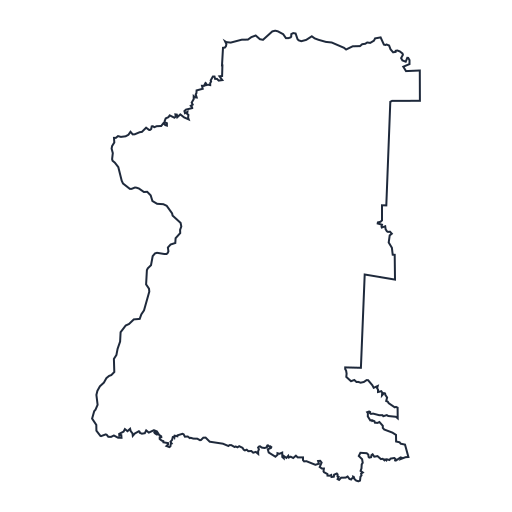 Puerto Quito, Pichincha, Ecuador (orthographic projection)
{"feature_id": "8360857B71791990485840", "entity_name": "Puerto Quito", "entity_type": "district", "adm_level": 2, "iso_a3": "ECU", "parent_name": "Ecuador", "parent_adm1": "Pichincha", "projection": "orthographic", "projection_center": [-79.239, 0.156], "detail": "fine", "context": "isolated", "style": "outline", "palette": "slate", "viewbox_px": 512, "rotation_deg": 0, "n_neighbors": 0, "source": "geoboundaries", "source_scale": "gbopen_adm2", "svg_char_len": 6024}
<svg xmlns="http://www.w3.org/2000/svg" viewBox="0 0 512 512"><path d="M193.3,438.6L197.3,438.7L200.0,440.2L201.0,440.0L203.3,437.7L205.6,437.6L209.7,441.7L222.9,443.7L228.4,446.0L229.5,445.1L231.2,445.1L234.6,447.0L235.7,446.5L237.5,447.3L239.2,446.2L242.5,447.8L243.7,449.7L244.9,450.4L246.7,449.7L248.3,451.2L251.3,451.0L253.2,452.7L255.8,451.9L258.2,453.9L258.1,451.4L258.9,449.3L258.1,447.5L259.1,446.5L260.0,446.3L261.8,447.6L264.6,448.0L266.9,447.2L267.2,445.6L267.9,445.3L269.2,446.5L270.3,446.3L271.3,447.1L270.9,448.0L267.8,449.3L268.7,452.5L275.4,456.7L277.5,454.8L277.5,453.2L279.4,453.8L282.2,452.6L282.3,457.0L283.7,458.2L283.5,455.8L286.4,457.9L288.3,455.8L288.8,457.5L290.7,456.7L293.2,458.0L295.9,455.7L297.7,457.4L303.0,457.4L303.0,460.1L304.1,461.4L306.4,461.2L315.4,464.8L318.9,463.7L318.1,461.0L320.2,460.8L321.6,462.6L319.7,467.0L321.8,468.5L323.9,468.5L323.5,471.3L324.0,472.2L327.4,474.0L327.5,475.6L329.7,475.7L331.2,475.0L331.5,477.0L333.8,476.7L334.1,474.7L336.8,473.5L337.6,474.4L337.5,476.4L338.6,476.8L337.6,479.1L339.1,479.9L341.1,477.7L345.7,477.6L347.6,476.5L349.5,479.0L351.1,479.5L351.7,478.5L353.3,478.0L353.1,476.6L353.7,476.8L354.6,479.2L356.2,480.6L358.4,481.3L360.0,480.6L360.5,476.6L361.5,475.4L361.1,473.6L362.8,472.5L360.6,470.9L361.5,468.3L361.7,464.4L362.7,462.8L362.1,459.2L358.8,456.0L360.4,452.8L366.7,453.2L368.3,454.6L368.6,456.9L369.3,457.6L371.1,457.2L371.5,455.1L372.6,454.3L374.3,456.7L377.5,456.1L380.9,459.1L382.7,458.8L384.4,460.3L385.1,459.4L386.4,460.4L386.9,459.3L389.4,460.0L390.6,458.6L394.3,458.0L395.4,458.9L395.1,460.4L395.8,460.6L400.6,457.4L401.8,457.8L401.1,458.9L405.5,457.2L408.4,457.0L405.0,444.6L400.7,443.7L399.6,442.3L396.1,441.5L396.0,434.9L392.4,432.6L384.2,429.5L382.8,427.9L382.8,425.8L379.4,422.0L377.6,422.9L374.9,422.7L374.4,421.2L373.2,420.7L372.2,421.0L371.9,420.2L370.3,420.4L367.8,416.4L367.9,413.2L367.2,412.2L369.1,411.5L370.1,412.0L370.0,413.2L370.9,413.9L373.1,413.6L379.2,415.2L382.5,415.2L383.3,416.2L386.8,415.1L388.2,416.0L396.0,416.8L397.7,418.3L397.6,407.7L396.0,406.9L394.7,407.3L388.7,403.2L387.8,401.7L386.2,401.0L387.1,397.5L385.4,395.0L385.1,393.5L384.0,393.1L382.0,395.4L382.2,392.6L381.3,391.2L378.0,392.0L378.0,389.6L377.1,388.2L377.7,386.0L373.7,387.8L372.4,385.3L368.1,380.2L366.6,380.1L363.8,382.0L360.6,382.7L358.3,381.9L356.5,382.0L354.3,380.0L351.0,381.2L346.3,376.9L346.6,373.6L346.1,370.6L345.2,369.1L345.2,367.4L360.9,367.8L364.7,274.5L395.0,279.6L394.7,254.8L392.7,254.7L391.9,247.8L388.7,242.5L389.7,235.4L391.8,233.7L390.0,231.7L388.0,231.9L386.9,231.3L385.6,229.2L385.2,226.3L381.8,227.5L381.5,226.5L382.0,224.7L377.7,223.5L377.9,222.4L380.5,221.8L382.0,220.4L382.0,205.3L386.3,205.4L390.3,101.8L392.0,100.9L419.9,100.8L419.8,70.5L406.0,71.1L403.3,66.7L409.5,64.1L409.5,60.1L408.2,57.9L407.3,57.8L405.7,61.7L402.4,60.4L401.1,58.1L402.9,54.8L402.5,53.5L399.8,51.4L397.3,50.5L395.7,50.8L395.6,51.9L393.1,52.3L390.5,49.3L389.1,45.5L386.5,44.5L385.5,45.0L383.9,44.6L380.6,37.4L375.1,38.4L373.9,40.7L370.2,42.9L367.2,42.5L365.2,43.8L362.2,44.2L360.0,46.1L352.7,46.3L346.1,49.5L344.0,47.8L331.7,42.5L325.9,41.9L318.5,39.8L314.7,38.4L311.8,36.3L306.2,39.9L301.3,41.2L298.6,40.3L297.5,39.1L295.6,33.5L293.2,33.1L291.3,34.1L291.2,36.7L290.6,37.4L288.5,38.1L285.9,38.1L283.2,34.2L277.8,31.3L275.2,30.7L272.3,31.4L263.0,39.8L259.9,39.2L255.7,35.5L251.4,37.1L247.9,39.6L241.7,39.7L230.7,42.6L226.2,42.1L225.1,41.4L226.4,44.1L225.9,46.3L224.8,47.6L223.0,47.8L222.0,65.4L222.4,65.4L222.1,76.0L219.5,76.3L222.3,80.1L218.7,80.6L217.0,78.9L215.1,78.9L214.5,76.5L212.9,76.5L210.7,80.4L211.1,81.6L210.2,83.0L210.2,85.1L208.0,84.7L205.9,85.2L206.0,83.4L205.5,83.0L203.9,85.9L202.0,85.8L202.7,88.8L196.6,90.4L196.4,93.2L195.7,94.4L196.7,97.5L195.3,97.4L193.7,96.1L193.7,99.1L191.7,102.6L192.7,104.6L190.8,105.8L192.1,107.2L192.2,108.1L186.0,109.6L184.4,111.1L185.0,113.2L187.4,111.9L187.1,113.8L188.4,114.9L188.1,117.7L188.7,119.4L184.1,117.4L180.3,114.4L177.3,117.2L176.8,114.6L175.4,114.4L175.7,116.7L174.4,117.7L169.7,115.4L168.4,117.2L165.7,118.4L164.7,121.0L164.6,122.2L166.9,123.2L166.9,125.6L165.3,125.1L163.4,123.2L161.2,126.0L156.7,126.2L154.3,127.2L152.8,126.2L151.7,126.4L151.2,129.0L150.1,129.9L149.2,130.0L146.1,127.7L141.9,131.9L139.7,132.2L134.7,134.3L132.7,134.4L130.5,131.8L128.4,134.8L125.6,136.3L120.9,136.9L118.0,136.1L115.8,137.9L114.0,137.9L114.3,142.5L112.1,146.0L111.6,148.6L112.8,153.1L112.1,159.2L112.6,160.8L114.8,162.6L118.3,167.1L121.7,180.7L123.0,183.5L129.9,188.9L131.5,188.9L135.0,187.5L136.5,187.7L138.9,188.5L143.9,192.0L147.2,191.8L150.7,195.4L152.4,201.0L157.1,203.8L163.3,204.2L166.7,205.8L172.1,213.4L172.6,215.6L180.6,222.9L181.3,226.5L180.1,229.8L180.2,233.1L175.6,238.2L175.3,243.0L170.6,244.5L167.9,247.5L168.4,251.3L167.8,252.8L166.6,254.0L164.3,254.0L157.0,252.8L155.0,253.4L152.7,256.1L151.0,265.2L147.8,268.3L146.9,270.1L146.1,284.4L149.0,288.7L149.3,291.6L144.0,310.4L141.3,314.4L139.7,318.9L133.8,319.4L129.0,324.0L125.7,325.5L120.6,332.2L120.1,341.6L117.6,348.8L116.4,355.0L113.9,358.9L114.3,372.0L111.3,375.1L109.1,375.9L106.4,378.1L103.9,382.6L99.9,386.3L97.4,390.8L96.4,394.9L97.6,404.8L95.5,409.7L94.2,411.2L92.1,418.6L96.3,424.9L96.4,430.7L100.4,435.9L101.1,436.1L105.7,434.4L106.7,434.8L108.3,436.8L111.0,436.9L113.9,435.5L118.0,437.7L121.5,437.8L121.3,435.1L120.1,434.8L119.3,435.5L119.2,433.9L123.6,431.6L124.9,429.1L127.5,431.2L130.1,428.8L130.7,431.1L132.5,433.4L132.8,435.8L134.8,433.5L138.9,431.2L139.5,431.6L139.8,432.8L141.9,433.7L144.8,433.2L146.2,430.4L148.8,432.6L153.9,430.2L156.9,431.4L157.6,432.5L154.7,431.8L154.3,432.5L154.9,433.3L156.7,434.5L158.3,434.3L161.2,436.3L161.3,437.2L159.7,437.4L159.7,439.0L161.7,440.6L163.3,441.1L163.4,442.3L168.0,443.1L168.0,444.5L166.5,446.0L169.4,447.1L170.4,446.3L170.8,443.6L171.6,443.4L170.5,441.8L172.1,439.9L172.8,437.0L173.8,436.6L174.4,437.5L174.7,435.7L177.4,436.3L177.6,435.3L182.5,433.8L183.6,434.3L184.9,436.7L187.7,436.5L189.8,438.1L190.7,437.8L193.3,438.6Z" fill="none" stroke="#1e293b" stroke-width="2"/></svg>